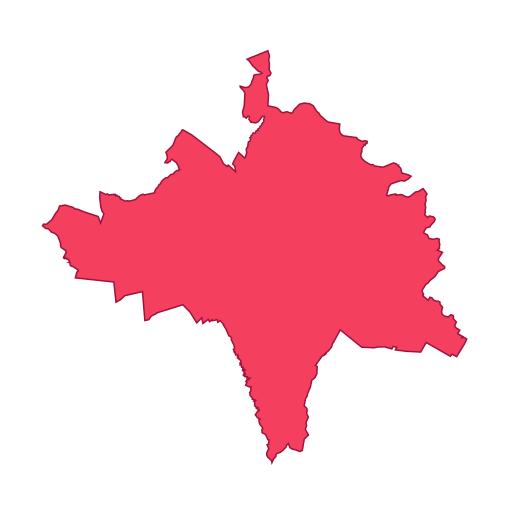 outline of Palmar de Bravo, Puebla, Mexico, rotated 183°
{"feature_id": "50627088B49956020835761", "entity_name": "Palmar de Bravo", "entity_type": "district", "adm_level": 2, "iso_a3": "MEX", "parent_name": "Mexico", "parent_adm1": "Puebla", "projection": "robinson", "projection_center": [-97.52, 18.838], "detail": "fine", "context": "isolated", "style": "filled", "palette": "rose", "viewbox_px": 512, "rotation_deg": 183, "n_neighbors": 0, "source": "geoboundaries", "source_scale": "gbopen_adm2", "svg_char_len": 6050}
<svg xmlns="http://www.w3.org/2000/svg" viewBox="0 0 512 512"><g transform="rotate(183 256 256)"><path d="M229.3,50.4L227.6,54.5L225.7,56.7L225.6,58.7L224.6,59.9L221.3,61.3L218.8,63.5L216.2,66.5L215.5,68.5L213.9,70.4L212.0,66.3L209.3,64.9L206.6,64.6L201.9,63.0L199.6,64.2L198.2,75.8L194.2,80.0L197.6,85.3L196.6,89.5L197.4,92.2L195.3,97.9L197.4,101.8L196.8,103.7L197.2,106.4L200.1,109.1L199.0,116.3L197.6,118.7L197.3,121.3L194.8,128.0L193.9,134.7L190.6,137.8L189.1,141.4L189.1,148.9L190.9,149.9L184.3,160.2L183.2,160.1L181.7,161.4L182.1,161.8L180.9,162.2L181.2,162.9L178.7,165.1L175.7,169.2L175.1,172.6L174.2,173.6L168.0,186.7L145.8,170.5L133.3,170.5L129.7,171.5L122.8,172.0L115.5,170.3L114.2,172.9L110.7,172.1L111.9,169.5L100.9,168.7L86.5,168.7L81.5,178.5L56.6,166.0L55.2,168.3L50.4,166.0L43.2,179.1L41.2,184.1L44.7,186.0L45.1,185.3L46.2,185.1L45.5,186.5L50.5,189.0L48.6,192.6L52.2,194.5L54.0,196.4L52.5,200.6L55.4,203.4L55.9,206.9L58.4,207.5L60.9,205.2L64.7,205.9L67.1,207.5L67.8,210.5L67.0,214.7L69.8,217.5L69.8,219.4L71.7,220.5L73.5,220.2L76.4,221.3L78.2,223.5L80.2,223.9L81.7,220.8L87.4,225.1L86.6,226.7L87.5,227.5L88.3,230.5L84.9,236.6L83.1,237.7L80.9,240.7L76.4,244.7L73.1,250.1L67.0,253.5L67.1,255.4L69.5,256.9L73.4,260.6L73.7,263.0L69.9,269.4L75.3,271.4L73.2,273.1L73.4,275.6L73.0,276.7L74.0,280.5L73.9,282.4L76.2,283.1L79.5,282.0L84.2,282.6L85.9,286.1L89.5,287.6L89.6,289.1L87.6,292.9L83.7,294.3L83.4,295.4L79.8,299.8L79.1,301.8L79.3,302.9L80.8,304.3L84.9,305.1L86.9,303.5L89.7,306.2L89.1,308.8L89.5,309.8L89.1,313.4L89.9,316.8L89.1,320.4L89.7,324.2L88.5,326.8L90.3,329.3L92.7,332.1L96.9,329.1L100.2,328.2L105.0,323.8L106.9,323.0L108.6,322.8L113.9,325.0L119.3,324.1L119.1,324.8L119.8,325.3L125.2,324.0L126.6,323.0L128.7,323.4L126.9,332.1L124.9,335.1L115.4,338.9L111.5,338.6L107.8,341.0L105.3,343.8L108.4,345.1L114.7,346.5L116.1,351.2L118.5,353.3L118.3,354.1L119.4,354.2L121.1,355.6L123.7,356.1L133.8,351.3L142.9,352.2L144.0,353.4L146.5,353.2L151.6,355.8L155.1,358.6L156.4,360.6L156.6,363.1L155.8,365.6L155.8,369.2L153.7,372.7L152.9,372.3L152.5,373.7L151.1,374.2L150.9,376.3L153.6,376.9L155.3,376.0L156.4,376.2L160.2,377.6L161.7,379.5L175.1,380.6L177.7,382.4L178.9,384.5L179.5,387.9L179.2,392.2L190.5,393.5L192.5,394.4L199.1,399.6L200.7,402.0L202.9,403.6L206.7,409.1L210.1,410.8L215.7,411.3L220.4,409.9L225.7,403.9L226.9,401.3L228.3,400.4L232.5,401.7L236.9,400.5L238.0,400.8L241.7,404.3L244.2,405.4L252.0,406.6L251.9,417.5L254.7,427.9L253.0,431.9L254.6,434.5L253.8,436.1L251.7,436.8L250.6,439.3L252.5,442.5L252.7,449.3L253.6,452.0L253.0,456.3L254.9,461.6L275.2,452.1L272.6,450.0L269.6,446.1L263.0,440.4L260.8,440.0L259.5,438.9L262.0,437.7L266.5,437.0L267.7,436.2L267.9,433.7L269.5,429.5L269.7,427.5L271.8,424.8L273.3,424.0L276.0,423.7L280.7,424.8L280.5,423.7L277.1,420.5L275.6,418.0L275.6,405.4L277.0,399.0L275.9,394.4L275.1,394.7L272.9,393.1L271.3,395.4L269.9,394.8L270.2,391.9L268.4,390.1L268.4,389.4L263.2,388.9L260.8,390.2L256.8,395.9L254.7,395.7L255.5,392.8L255.2,390.6L256.8,388.7L257.7,386.3L258.7,385.7L259.2,384.0L260.6,382.9L260.9,382.2L260.4,381.6L262.5,380.9L263.1,378.8L265.3,378.7L266.5,376.2L267.2,375.9L267.5,374.1L268.3,373.8L267.5,372.6L268.0,370.5L269.6,369.5L270.0,364.8L271.4,362.3L270.7,358.5L271.9,353.9L272.5,353.3L278.8,358.5L283.3,349.1L284.1,346.6L281.8,344.6L280.9,339.2L288.5,345.3L289.3,343.8L293.3,346.4L297.1,353.0L300.1,355.4L326.7,373.7L335.7,378.2L336.9,377.4L336.9,376.3L339.0,374.0L339.5,372.6L341.9,370.6L344.8,362.2L351.4,354.9L350.0,351.6L349.7,348.5L351.9,344.5L348.9,344.3L348.3,345.3L346.6,345.9L346.2,347.2L344.9,348.1L340.6,345.2L338.1,341.6L338.0,340.3L336.7,338.3L337.5,338.3L337.9,337.2L339.1,337.4L341.7,335.5L342.8,333.7L345.7,332.6L348.3,329.7L350.3,329.3L352.4,327.6L354.4,325.3L355.2,322.9L356.5,322.4L357.7,319.4L359.1,318.3L360.4,315.7L360.5,313.8L370.5,311.2L372.2,311.8L375.6,310.1L379.5,306.0L385.3,304.2L387.4,304.5L389.3,303.9L394.2,305.9L394.2,306.8L395.0,306.8L395.8,308.3L397.6,308.5L398.1,309.4L399.1,308.9L399.5,309.9L400.0,309.3L400.9,310.2L406.2,309.2L407.4,310.2L409.3,309.6L415.1,312.0L415.2,306.4L413.5,296.7L412.2,292.9L410.1,290.2L412.9,280.7L415.7,287.2L430.8,291.3L435.8,293.2L439.7,293.7L440.8,294.8L449.2,296.9L454.8,295.6L456.0,291.5L458.8,287.4L461.7,281.6L466.9,276.7L469.8,276.7L470.8,275.0L467.6,272.6L464.6,272.2L461.2,268.9L458.4,268.3L455.0,265.7L452.0,258.8L451.5,255.2L450.6,254.0L446.0,251.3L446.0,249.0L448.2,244.5L447.8,243.7L447.2,243.4L446.6,244.6L445.4,243.2L445.0,243.8L442.2,241.6L442.0,240.1L442.5,239.8L441.5,239.8L441.1,237.2L440.0,236.2L438.2,235.9L433.7,233.2L432.6,231.8L434.1,230.4L435.3,224.7L396.6,222.6L393.4,202.5L388.8,205.4L385.0,209.5L367.5,214.5L363.6,185.7L359.7,186.8L357.5,190.5L352.1,193.5L352.1,194.0L326.5,203.5L319.0,196.6L311.6,186.1L306.9,191.5L305.5,185.8L300.3,190.3L299.0,188.0L296.7,189.9L296.5,189.1L291.3,190.3L290.7,187.9L288.3,189.5L284.7,186.1L285.1,185.6L282.2,181.5L278.8,174.7L277.9,174.6L276.0,172.9L276.4,171.4L273.3,165.6L272.5,162.5L273.7,161.6L272.6,158.7L272.0,159.1L271.2,156.2L270.0,156.7L268.7,155.9L268.6,155.3L269.4,154.9L267.9,153.0L268.7,152.9L265.6,150.7L265.6,149.0L266.5,148.2L266.2,147.4L265.2,147.9L265.1,147.5L266.2,146.4L264.8,146.0L264.7,144.3L265.2,144.1L263.0,144.2L263.4,141.7L262.2,142.5L260.8,141.5L262.5,140.4L263.2,140.9L261.1,138.7L261.8,138.2L261.5,137.7L260.8,138.0L260.4,137.3L261.2,136.2L263.0,136.7L260.5,134.8L258.3,135.0L258.5,133.8L258.0,134.1L257.3,133.3L255.8,133.7L256.9,132.1L257.3,132.7L258.9,131.5L259.5,130.1L258.5,130.1L258.5,129.2L259.6,126.5L256.5,125.1L254.1,125.2L254.4,123.6L253.9,121.7L255.2,119.3L254.5,116.4L251.5,113.0L251.9,112.6L248.9,111.9L250.5,110.8L249.7,110.5L249.5,106.3L248.5,105.3L246.5,104.8L247.6,103.9L247.3,103.6L244.7,102.8L245.0,101.4L245.8,101.7L248.4,97.4L246.0,94.5L243.5,93.4L244.5,92.5L243.9,89.2L242.6,87.1L241.0,85.9L240.3,83.7L241.1,83.1L240.7,79.9L237.1,78.2L234.6,73.3L233.5,73.1L233.6,68.8L235.1,68.2L233.2,64.4L235.0,59.8L234.9,57.8L233.9,55.9L229.8,52.4L229.3,50.4Z" fill="#f43f5e" stroke="#9f1239" stroke-width="1.5"/></g></svg>